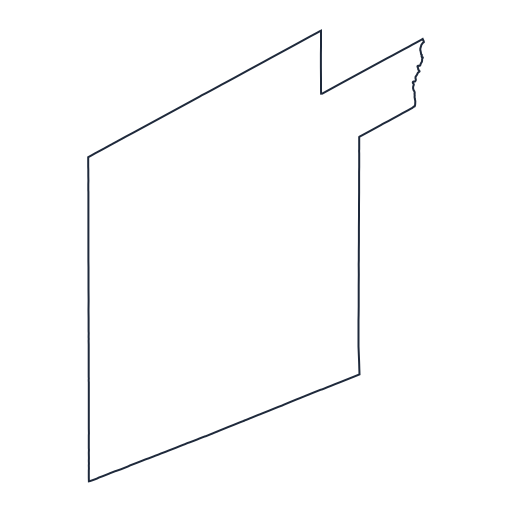 outline of Nong Suea, Pathum Thani, Thailand
{"feature_id": "78962969B25224314923642", "entity_name": "Nong Suea", "entity_type": "district", "adm_level": 2, "iso_a3": "THA", "parent_name": "Thailand", "parent_adm1": "Pathum Thani", "projection": "robinson", "projection_center": [100.833, 14.16], "detail": "fine", "context": "isolated", "style": "outline", "palette": "slate", "viewbox_px": 512, "rotation_deg": 0, "n_neighbors": 0, "source": "geoboundaries", "source_scale": "gbopen_adm2", "svg_char_len": 5567}
<svg xmlns="http://www.w3.org/2000/svg" viewBox="0 0 512 512"><path d="M422.6,39.0L421.3,39.8L416.2,42.6L412.4,44.6L408.6,46.8L403.8,49.3L397.7,52.6L392.6,55.4L387.0,58.3L367.9,68.7L361.1,72.4L351.9,77.4L339.4,84.2L322.3,93.6L322.0,93.7L321.1,93.7L321.0,89.6L321.0,79.1L320.9,66.9L320.9,53.9L321.0,46.9L321.0,30.7L319.7,31.3L317.4,32.6L310.8,36.1L298.8,42.7L293.5,45.6L283.0,51.3L270.8,57.9L264.3,61.5L248.6,70.0L241.5,73.9L234.4,77.8L227.9,81.3L225.1,82.8L222.6,84.1L221.1,84.9L220.1,85.5L215.9,87.8L210.4,90.8L205.7,93.3L201.5,95.4L200.9,95.8L199.6,96.6L189.9,101.9L147.4,125.0L141.3,128.3L133.4,132.6L126.0,136.5L109.9,145.3L102.1,149.6L95.3,153.2L91.3,155.5L88.2,157.2L88.2,159.1L88.2,161.9L88.2,164.2L88.2,166.9L88.3,169.3L88.3,172.1L88.3,176.0L88.4,180.7L88.3,184.4L88.3,190.2L88.4,191.9L88.4,193.0L88.4,195.6L88.4,198.9L88.4,204.7L88.4,206.5L88.4,215.7L88.4,219.0L88.4,222.4L88.4,230.8L88.4,236.9L88.4,241.3L88.4,243.9L88.4,248.6L88.4,255.2L88.4,259.0L88.4,260.9L88.5,267.3L88.5,270.7L88.5,275.4L88.5,279.2L88.5,289.1L88.6,299.3L88.6,301.5L88.5,310.1L88.6,318.6L88.6,327.2L88.6,329.5L88.6,331.3L88.7,333.2L88.6,337.1L88.7,338.9L88.6,340.8L88.7,344.6L88.7,345.8L88.7,348.0L88.7,354.8L88.7,358.6L88.7,361.7L88.7,363.9L88.7,365.9L88.7,370.5L88.7,373.6L88.7,375.9L88.7,377.2L88.8,378.4L88.7,379.6L88.7,381.1L88.8,382.2L88.8,386.0L88.8,387.5L88.8,388.9L88.8,390.8L88.8,392.2L88.8,393.6L88.8,395.8L88.8,398.1L88.8,400.2L88.8,402.5L88.8,405.1L88.8,406.9L88.8,409.9L88.8,411.9L88.8,412.9L88.8,413.8L88.8,416.1L88.8,417.7L88.8,418.7L88.8,420.2L88.8,422.3L88.8,424.9L88.8,426.3L88.8,428.4L88.9,433.6L88.8,435.2L88.8,437.0L88.8,440.0L88.8,445.2L88.8,447.0L88.8,448.4L88.9,449.3L88.9,450.0L88.8,452.8L88.9,458.3L88.8,460.9L88.9,463.2L88.9,464.2L88.8,465.1L88.9,468.8L88.8,470.3L88.8,471.8L88.8,474.0L88.8,475.2L88.8,476.7L88.8,477.7L88.9,481.3L89.9,481.1L90.5,480.9L91.7,480.5L94.5,479.5L96.9,478.6L99.0,477.5L102.4,476.3L106.7,474.6L107.7,474.2L108.4,473.9L109.0,473.7L109.5,473.4L115.4,471.1L115.9,471.0L120.9,469.3L121.9,468.9L127.9,466.5L129.3,465.8L129.8,465.5L134.8,463.6L136.9,462.8L142.0,460.8L145.2,459.5L147.2,458.8L148.5,458.4L151.6,457.2L153.9,456.3L155.3,455.7L158.4,454.6L160.9,453.5L163.4,452.6L165.6,451.8L166.8,451.3L168.5,450.6L175.8,447.8L179.9,446.1L183.2,444.8L184.9,444.2L185.8,443.8L186.4,443.5L187.6,443.0L189.8,442.3L193.8,440.8L197.4,439.4L199.4,438.5L200.5,438.1L201.7,437.6L205.2,436.3L205.3,436.3L205.6,436.3L219.2,430.7L225.1,428.3L228.0,427.1L233.4,425.0L239.5,422.5L242.1,421.5L244.1,420.8L244.3,420.5L244.7,420.4L246.4,419.8L248.6,418.9L250.4,418.1L250.8,418.0L254.9,416.3L258.3,414.9L260.3,414.2L262.2,413.4L269.5,410.5L273.6,408.8L278.3,406.9L282.2,405.5L283.4,404.9L289.8,402.2L296.6,399.4L300.5,397.9L301.4,397.5L310.5,393.8L313.7,392.5L320.5,389.8L322.1,389.4L324.4,388.5L327.4,387.2L330.8,385.9L334.9,384.2L340.6,382.0L345.8,379.9L347.6,379.2L350.3,378.1L353.6,376.8L359.5,374.4L359.4,371.1L359.3,368.5L359.2,364.6L359.1,361.6L358.9,356.5L358.5,346.4L358.5,342.2L358.5,337.0L358.5,330.9L358.5,324.9L358.5,320.1L358.6,315.2L358.7,306.6L358.7,306.1L358.7,305.9L358.7,300.9L358.7,295.5L358.7,285.3L358.8,274.7L358.7,264.0L358.8,260.1L358.8,251.1L358.9,241.8L358.9,232.2L358.9,226.8L359.0,216.7L359.0,216.1L359.0,210.7L359.0,204.9L359.1,192.7L359.1,190.0L359.1,186.1L359.1,179.1L359.1,172.0L359.2,167.1L359.2,160.5L359.2,159.2L359.2,154.9L359.2,153.5L359.1,150.8L359.2,149.3L359.2,147.5L359.2,142.6L359.2,140.0L359.2,137.3L359.2,137.0L359.3,136.9L359.5,136.7L360.0,136.4L362.1,135.3L366.9,132.7L370.6,130.7L372.6,129.6L373.7,129.0L377.0,127.2L381.0,125.0L382.4,124.1L384.5,123.0L388.3,121.1L392.6,118.7L397.4,116.1L400.8,114.2L402.3,113.3L408.2,110.2L410.1,109.1L411.4,108.4L412.2,108.0L412.3,107.9L412.9,107.4L413.1,107.2L413.3,107.0L414.6,106.4L414.6,105.9L414.8,105.8L414.9,105.7L415.1,105.0L415.1,104.7L415.2,103.8L415.3,101.3L415.1,100.1L414.9,99.3L414.9,98.9L414.9,98.5L414.7,98.1L414.6,97.4L414.6,96.1L414.7,95.2L414.5,93.9L414.5,93.7L414.7,93.2L414.7,92.8L414.5,91.8L414.4,91.5L414.3,91.2L413.7,90.4L413.6,90.2L413.4,89.5L413.1,88.4L413.1,87.9L413.1,87.1L413.2,86.6L413.4,85.8L413.7,85.1L413.7,84.8L413.8,84.4L413.7,84.1L413.0,83.2L412.9,83.0L412.9,82.9L412.8,82.6L412.8,82.3L412.9,82.0L413.1,81.8L413.3,81.6L413.7,81.5L413.9,81.6L414.2,81.6L414.6,81.6L414.8,81.6L415.0,81.4L415.2,81.2L415.5,80.8L415.6,80.6L415.7,80.3L415.8,79.9L415.8,79.4L415.7,78.9L415.5,78.3L415.5,78.0L415.5,77.6L415.6,77.0L415.6,76.7L415.8,76.4L416.4,75.6L416.8,75.0L417.0,74.7L417.4,73.8L417.7,73.1L417.9,72.8L418.1,72.6L418.3,72.4L418.7,72.1L418.9,72.0L419.4,71.6L419.5,71.5L419.5,71.3L419.5,71.1L418.6,70.0L418.4,69.8L418.2,69.2L418.1,68.3L417.9,67.7L417.7,67.1L417.6,66.8L417.5,66.7L417.6,66.3L417.6,66.1L418.0,65.8L418.3,65.7L418.6,65.8L418.9,65.8L419.5,65.8L419.8,65.7L420.0,65.6L420.1,65.4L420.3,65.2L420.4,64.7L420.9,63.4L421.5,62.4L421.8,61.9L421.9,61.7L422.1,60.6L422.1,60.4L422.1,59.3L422.2,58.9L422.3,58.5L422.8,57.8L422.8,57.7L422.8,57.4L422.7,57.3L422.3,57.3L422.1,57.2L421.9,57.2L421.7,56.7L421.6,56.4L421.6,56.2L421.8,55.8L421.8,55.7L421.8,55.2L421.8,54.9L421.6,54.7L421.4,54.6L421.3,54.4L421.2,54.4L421.1,54.1L421.1,53.7L420.9,52.9L420.9,52.6L420.7,51.7L420.6,51.1L420.4,50.5L420.4,50.3L420.3,50.2L420.3,49.7L420.3,49.1L420.3,48.7L420.4,48.3L420.8,46.9L421.1,46.0L421.2,45.5L421.4,44.9L421.5,44.7L421.7,44.4L421.8,44.3L422.6,43.2L422.9,42.8L423.4,42.5L423.6,42.3L423.8,42.2L423.8,41.9L423.8,41.6L423.7,41.2L423.4,40.6L423.2,40.4L423.1,39.8L423.0,39.6L422.9,39.4L422.7,39.3L422.6,39.0Z" fill="none" stroke="#1e293b" stroke-width="2"/></svg>